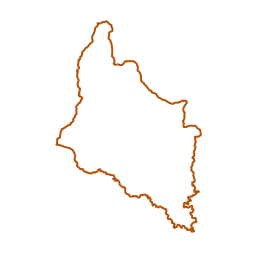 the district of Santa Cruz (Guachavés), Nariño, Colombia, rotated 176°
{"feature_id": "7082276B62156244785095", "entity_name": "Santa Cruz (Guachavés)", "entity_type": "district", "adm_level": 2, "iso_a3": "COL", "parent_name": "Colombia", "parent_adm1": "Nariño", "projection": "orthographic", "projection_center": [-77.738, 1.278], "detail": "fine", "context": "isolated", "style": "outline", "palette": "amber", "viewbox_px": 256, "rotation_deg": 176, "n_neighbors": 0, "source": "geoboundaries", "source_scale": "gbopen_adm2", "svg_char_len": 5684}
<svg xmlns="http://www.w3.org/2000/svg" viewBox="0 0 256 256"><g transform="rotate(176 128 128)"><path d="M200.2,116.8L199.8,116.6L200.1,116.4L199.6,116.1L196.7,115.5L192.6,113.6L188.2,112.2L186.4,111.2L184.2,109.3L184.0,108.0L183.3,107.2L183.3,106.0L182.6,104.9L182.6,103.8L183.4,100.7L183.2,99.2L182.4,98.3L182.4,97.9L181.3,97.2L181.1,96.6L181.0,95.5L181.6,94.3L181.6,93.7L178.2,90.3L177.2,90.3L175.6,89.8L175.7,88.9L175.1,88.1L173.5,87.1L172.6,87.1L172.3,86.4L171.2,86.3L170.3,85.7L167.6,85.2L165.7,86.2L164.3,85.8L163.7,86.3L161.9,86.5L159.9,88.8L158.8,88.8L158.4,88.2L158.5,86.9L156.8,86.8L155.1,85.3L153.2,85.3L152.7,84.4L152.7,83.5L151.0,83.4L149.4,82.5L148.2,82.5L145.5,81.6L144.4,78.2L144.9,77.9L145.6,78.2L145.9,78.2L144.4,76.2L143.6,76.3L142.7,77.2L142.3,77.0L141.9,76.3L141.1,75.9L141.0,75.2L140.5,74.5L140.2,73.4L140.3,72.2L139.6,71.3L137.2,69.1L135.8,69.2L134.9,68.1L135.2,66.6L135.0,63.6L133.6,62.2L131.8,61.5L130.9,59.5L128.2,59.3L127.2,59.9L126.5,59.4L124.5,59.6L122.9,58.1L121.9,57.8L120.9,58.3L120.4,59.6L119.9,60.1L118.9,60.3L118.2,59.9L117.3,60.4L115.7,60.5L114.8,59.8L113.9,59.5L114.1,58.9L113.5,58.2L112.5,58.2L112.5,57.8L113.0,57.2L113.0,56.7L112.3,56.3L111.5,57.0L111.2,57.0L111.3,56.4L110.3,55.3L110.8,54.0L110.3,52.8L109.6,52.6L109.2,52.0L108.7,49.0L108.4,49.0L108.0,50.1L107.4,50.1L106.1,49.5L105.9,48.9L105.1,48.2L105.3,47.6L104.5,47.7L103.2,46.6L102.2,47.4L101.1,47.5L100.0,46.4L98.6,45.8L97.3,44.7L96.4,44.6L95.7,44.2L95.5,43.9L95.7,43.2L95.5,42.0L96.0,41.3L96.2,40.0L93.9,38.1L94.2,36.7L94.6,35.9L94.6,34.9L94.0,34.2L92.8,34.5L91.9,34.2L90.5,32.2L90.8,31.3L90.6,30.2L90.3,30.1L89.5,30.2L88.2,28.8L88.2,28.5L88.8,28.0L88.8,27.4L89.4,26.3L88.8,25.2L88.4,25.1L87.8,25.9L87.0,25.8L86.0,26.1L85.5,27.7L84.9,28.0L84.0,27.9L83.6,27.7L82.3,25.9L82.0,24.9L81.3,24.8L81.2,26.0L80.3,26.5L79.3,26.5L78.4,25.9L78.0,24.4L76.4,23.7L76.3,22.6L76.0,22.1L75.7,22.0L75.0,22.4L73.6,22.2L73.0,22.7L72.3,22.9L71.7,22.3L72.1,20.9L71.9,20.3L70.2,20.1L69.4,20.6L69.3,20.8L70.0,21.0L70.7,21.7L70.6,22.2L70.2,22.8L70.3,23.6L70.6,24.2L71.6,25.2L71.7,26.7L71.4,27.3L68.8,29.4L66.5,29.3L66.4,30.1L66.7,31.1L66.8,33.3L70.1,33.8L70.3,34.2L70.2,36.0L71.7,37.9L71.6,39.2L69.7,39.3L68.5,41.0L68.6,42.2L69.7,42.7L69.4,44.3L69.5,45.7L70.1,45.9L73.1,44.4L73.9,44.5L75.6,45.3L77.6,44.9L77.9,45.5L77.9,46.3L77.1,47.7L77.5,48.8L77.0,49.2L75.4,49.5L74.6,48.9L73.9,47.6L73.2,47.6L73.0,48.2L73.4,49.7L73.1,50.5L72.3,50.8L70.7,50.9L70.4,51.3L71.2,52.7L72.2,52.8L72.5,53.1L73.0,54.3L72.9,54.7L70.9,55.2L70.4,55.0L69.1,55.4L68.7,55.3L67.9,56.5L66.9,56.4L65.8,56.8L64.1,58.1L63.3,59.2L61.9,59.5L62.3,60.0L63.7,60.2L66.0,59.5L66.5,61.0L65.4,62.4L65.2,63.6L66.4,66.2L67.4,65.9L67.9,66.3L67.6,67.7L67.8,69.2L67.2,69.4L65.7,69.4L65.1,70.4L65.4,72.9L66.2,76.3L65.8,77.4L65.7,78.6L66.0,79.5L67.3,80.7L67.8,81.4L67.4,83.2L67.7,84.5L66.2,86.4L66.3,87.5L65.8,88.9L64.0,90.5L64.5,92.3L64.4,92.8L65.4,93.3L65.7,93.9L65.2,94.8L64.1,95.4L63.7,96.2L63.8,98.9L64.0,99.4L63.9,100.2L63.2,100.8L61.9,104.2L62.9,105.8L62.0,108.4L61.4,108.9L61.2,109.5L62.0,111.8L61.5,113.0L61.9,114.1L61.7,114.5L58.0,114.5L57.1,115.3L56.2,115.5L55.8,116.4L55.8,117.6L56.2,121.0L59.1,123.2L60.1,125.2L60.9,125.5L62.8,125.6L64.3,125.9L67.5,125.9L68.5,125.3L70.7,124.9L72.2,125.1L72.4,125.3L72.4,127.1L72.0,128.1L72.0,129.0L72.7,130.6L72.7,131.3L71.6,132.3L70.9,134.5L70.9,136.6L70.6,137.5L70.5,139.1L70.5,139.7L71.4,140.5L71.6,142.9L71.1,144.4L69.1,147.3L67.7,148.8L67.6,150.2L68.2,151.1L71.1,151.1L71.5,151.6L72.1,151.6L73.9,150.4L75.8,150.1L76.0,149.8L79.4,150.0L80.8,149.2L81.9,149.0L83.1,149.3L85.5,150.5L89.3,153.2L91.9,153.9L93.0,155.0L95.9,156.6L97.4,159.8L99.3,161.0L101.6,161.7L102.2,163.6L103.6,163.9L104.3,164.6L107.1,169.0L108.7,170.4L109.1,171.8L110.9,172.9L111.2,173.5L111.7,174.6L111.4,176.7L111.6,177.3L111.3,179.1L111.5,179.7L112.4,182.3L113.2,183.6L114.4,184.5L113.9,188.1L114.3,188.7L114.2,189.4L114.8,191.3L116.2,193.0L117.9,194.2L121.9,194.6L124.7,194.5L125.1,195.0L126.5,194.3L128.4,192.1L129.8,191.2L131.9,191.4L132.4,191.8L133.5,192.1L136.7,192.1L137.3,192.4L137.7,193.0L137.7,193.5L137.1,194.0L136.8,196.3L137.4,198.7L139.0,200.8L138.6,202.7L138.2,208.0L138.6,213.1L139.1,214.2L139.5,216.7L141.2,218.7L140.8,221.2L140.3,222.1L140.4,223.6L140.1,224.4L139.2,225.1L137.0,225.7L136.6,227.0L136.8,229.0L137.7,230.9L137.4,231.5L137.4,231.8L139.6,233.3L141.8,235.9L144.4,235.3L146.1,235.5L147.4,234.4L149.1,234.2L150.8,234.7L151.0,234.4L150.8,233.1L151.1,232.3L153.3,230.5L153.8,229.7L154.2,227.8L155.5,224.8L157.5,221.3L157.4,218.8L157.1,217.8L157.7,216.4L158.5,215.6L159.5,215.3L160.1,214.3L161.5,213.2L162.1,212.2L163.1,211.3L164.6,210.9L165.7,209.7L165.9,209.0L167.8,207.5L168.6,206.5L168.5,205.2L169.1,203.4L169.6,202.8L170.4,202.6L170.7,202.1L170.9,200.3L172.6,199.3L172.3,198.2L173.1,196.9L173.0,195.8L173.4,194.8L173.4,193.5L172.7,192.0L172.8,190.9L173.7,189.8L174.5,189.4L175.0,188.6L174.8,187.7L174.1,187.4L174.7,186.2L174.7,185.0L175.2,184.0L175.2,183.0L173.9,179.1L175.1,176.0L175.2,174.3L174.7,172.4L173.9,171.3L173.2,170.8L173.1,170.2L174.1,167.0L174.4,166.5L174.2,166.2L174.5,165.4L174.2,165.0L174.7,164.0L174.3,163.7L174.4,163.2L174.1,162.9L172.6,162.4L171.8,161.6L171.6,160.6L173.0,159.2L173.3,158.0L173.7,157.1L174.3,156.9L174.8,156.2L175.4,156.1L176.6,154.6L178.0,153.4L178.3,152.1L177.8,150.7L178.4,148.9L178.4,145.4L179.5,144.7L180.5,142.3L181.5,141.6L182.1,140.3L181.9,139.7L182.1,138.7L182.8,138.0L184.8,136.9L184.8,136.0L185.4,135.6L185.8,135.0L187.6,134.9L189.3,133.7L190.2,133.5L190.8,132.8L191.8,132.5L193.4,131.3L194.0,131.5L194.7,130.0L195.3,129.3L195.7,126.8L196.3,125.5L196.6,123.2L198.7,122.5L199.5,121.6L199.7,118.0L200.2,116.8Z" fill="none" stroke="#b45309" stroke-width="2"/></g></svg>